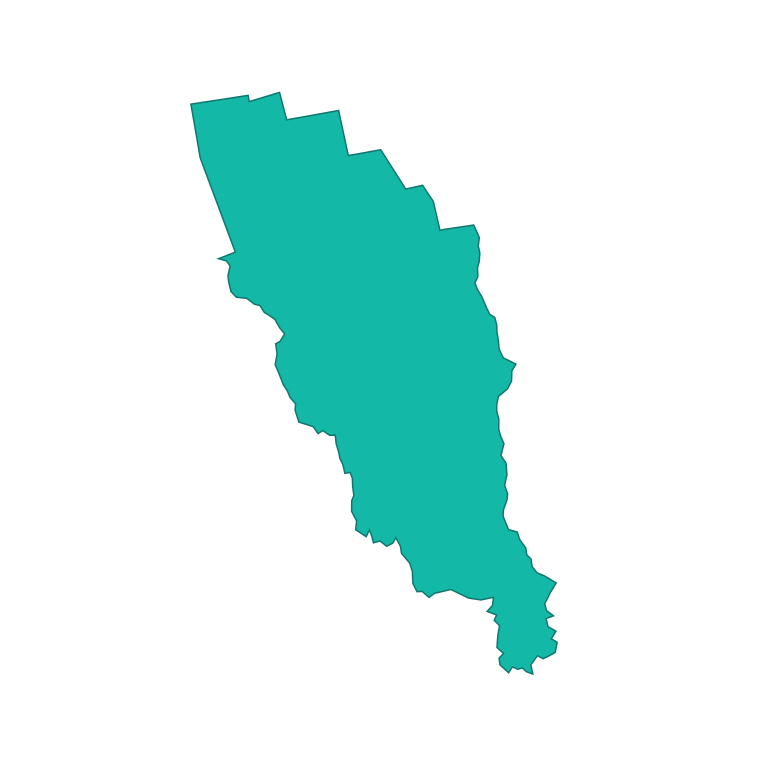 Vera Cruz, Rio Grande do Sul, Brazil, rotated 347°
{"feature_id": "56859067B93836063527687", "entity_name": "Vera Cruz", "entity_type": "district", "adm_level": 2, "iso_a3": "BRA", "parent_name": "Brazil", "parent_adm1": "Rio Grande do Sul", "projection": "equal_earth", "projection_center": [-52.528, -29.73], "detail": "fine", "context": "isolated", "style": "filled", "palette": "teal", "viewbox_px": 768, "rotation_deg": 347, "n_neighbors": 0, "source": "geoboundaries", "source_scale": "gbopen_adm2", "svg_char_len": 2110}
<svg xmlns="http://www.w3.org/2000/svg" viewBox="0 0 768 768"><g transform="rotate(347 384 384)"><path d="M323.6,519.6L332.3,528.8L337.0,522.8L337.9,529.8L338.0,536.4L344.9,536.1L350.1,542.7L356.8,541.0L361.0,536.5L363.5,545.8L363.0,553.0L365.9,558.7L368.7,564.2L369.5,572.9L367.3,584.8L369.4,593.8L374.5,594.7L379.9,602.1L386.1,599.3L403.0,599.3L418.2,611.6L429.8,616.2L442.7,616.5L440.0,624.1L433.3,628.8L441.8,634.4L438.2,639.1L442.2,645.4L438.3,654.7L434.8,666.2L439.9,673.5L434.5,676.9L433.8,683.7L440.5,693.4L445.5,688.5L450.2,692.1L454.8,691.7L458.1,696.4L463.8,700.1L463.8,690.7L472.5,683.2L477.2,687.5L484.4,685.8L490.4,684.1L494.6,674.6L489.7,669.9L495.9,663.6L489.2,657.3L489.2,649.0L497.0,648.0L491.4,641.4L491.1,634.4L499.3,624.5L507.0,616.6L501.3,611.0L496.6,606.6L490.9,602.7L487.2,595.3L487.9,587.7L484.7,582.6L485.2,575.5L481.2,566.2L480.5,558.1L472.6,553.9L470.3,539.7L471.8,534.0L477.8,524.5L479.7,519.0L478.8,509.7L483.4,500.0L485.1,488.4L481.8,480.1L487.4,469.3L485.9,460.9L485.6,453.9L488.0,444.1L487.7,436.1L489.2,429.4L492.7,421.9L503.1,416.6L508.9,409.9L511.6,399.9L517.0,394.3L506.1,385.4L504.0,375.8L505.1,368.4L505.8,358.6L507.1,351.7L506.9,344.0L502.8,340.0L501.1,333.1L498.8,320.4L496.4,313.2L495.3,305.8L499.6,300.5L501.3,291.6L504.5,285.7L506.9,277.7L506.9,270.8L509.8,262.8L507.2,249.3L477.8,246.9L473.1,246.9L473.1,217.1L469.6,208.1L466.3,199.1L449.0,198.9L433.5,155.0L400.6,153.4L401.3,107.3L348.6,104.7L347.8,76.4L316.2,78.5L316.5,72.2L258.8,67.9L258.1,81.1L255.8,122.3L268.8,222.0L251.0,224.7L258.2,228.6L260.6,234.5L256.4,243.2L255.6,249.3L255.7,259.5L259.6,266.2L269.6,269.7L275.6,277.0L280.8,279.7L283.5,287.4L288.2,291.9L292.2,296.5L295.0,305.8L298.4,312.8L292.3,319.1L287.5,320.4L286.6,330.7L282.3,340.7L283.6,347.7L285.8,362.2L288.3,369.2L289.5,376.1L293.4,383.4L291.5,389.6L292.5,402.0L305.4,409.6L308.6,417.5L313.9,415.6L319.5,421.8L325.0,422.8L324.0,431.4L324.5,440.5L324.3,446.9L325.8,453.0L325.8,462.3L331.0,462.5L332.0,468.5L330.5,476.2L329.5,486.0L326.3,490.4L323.8,500.8L326.5,511.3L323.6,519.6Z" fill="#14b8a6" stroke="#0f766e" stroke-width="1.5"/></g></svg>